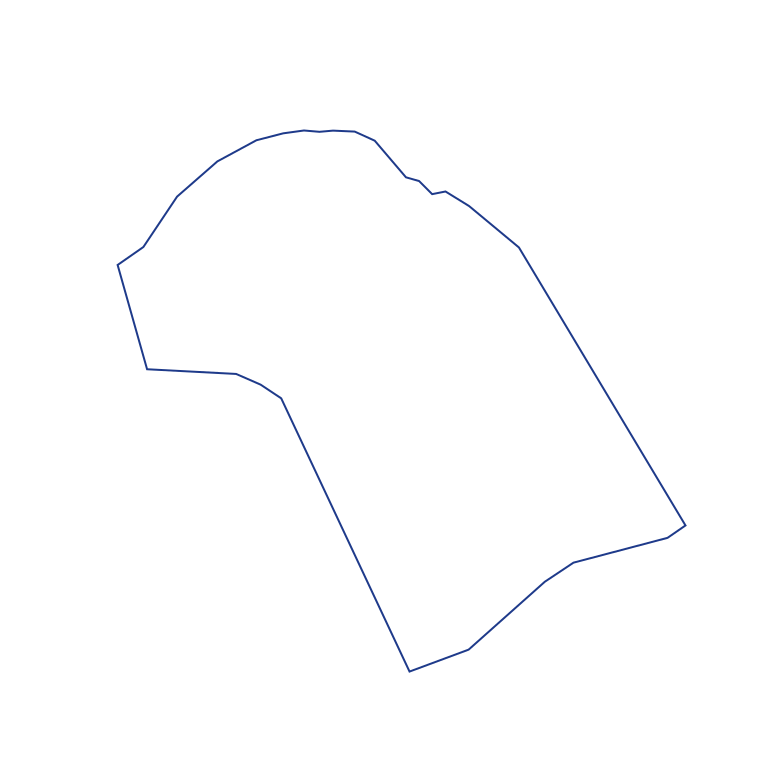 Princes Town, Equal Earth projection, rotated 333°
{"feature_id": "TTO-57", "entity_name": "Princes Town", "entity_type": "Region", "adm_level": 1, "iso_a3": "TTO", "parent_name": "Trinidad and Tobago", "parent_adm1": "", "projection": "equal_earth", "projection_center": [-61.291, 10.201], "detail": "fine", "context": "isolated", "style": "outline", "palette": "blue", "viewbox_px": 768, "rotation_deg": 333, "n_neighbors": 0, "source": "natural_earth", "source_scale": "10m", "svg_char_len": 502}
<svg xmlns="http://www.w3.org/2000/svg" viewBox="0 0 768 768"><g transform="rotate(333 384 384)"><path d="M588.4,646.9L566.8,649.8L471.7,629.2L437.5,633.2L338.8,659.1L276.2,651.8L285.9,350.1L273.8,328.6L256.8,307.9L179.6,263.3L200.7,157.0L231.8,152.7L284.7,123.1L336.6,110.0L381.0,108.9L408.0,114.9L427.8,121.8L441.0,130.0L453.6,135.1L472.5,145.8L486.2,163.0L497.4,209.8L507.4,219.1L513.1,236.7L526.2,240.4L540.6,264.1L566.2,323.6L588.4,646.9Z" fill="none" stroke="#1e3a8a" stroke-width="2"/></g></svg>